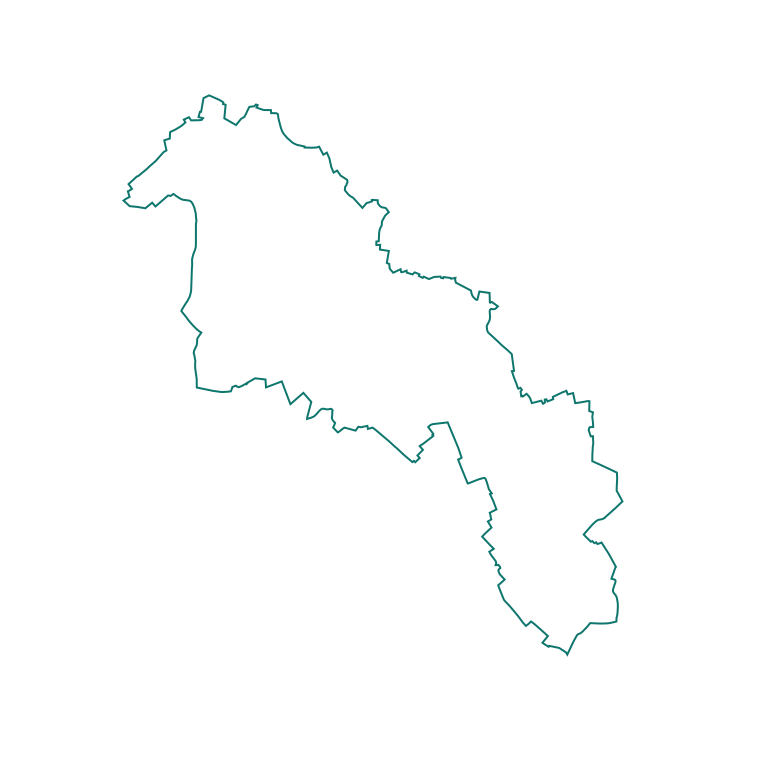 outline of Van Lam, Hưng Yên, Vietnam, rotated 47°
{"feature_id": "81297802B83094530275497", "entity_name": "Van Lam", "entity_type": "district", "adm_level": 2, "iso_a3": "VNM", "parent_name": "Vietnam", "parent_adm1": "Hưng Yên", "projection": "albers", "projection_center": [106.05, 20.973], "detail": "fine", "context": "isolated", "style": "outline", "palette": "teal", "viewbox_px": 768, "rotation_deg": 47, "n_neighbors": 0, "source": "geoboundaries", "source_scale": "gbopen_adm2", "svg_char_len": 6098}
<svg xmlns="http://www.w3.org/2000/svg" viewBox="0 0 768 768"><g transform="rotate(47 384 384)"><path d="M675.9,339.1L661.8,335.5L648.3,333.0L647.5,335.2L646.5,337.1L644.5,336.8L643.9,338.7L640.9,338.8L640.4,340.3L633.4,340.6L630.3,340.6L629.6,334.5L629.0,327.8L628.9,324.2L629.1,321.5L629.6,319.8L630.8,318.0L631.8,316.2L632.3,314.4L632.2,314.4L632.4,308.6L632.6,299.2L632.5,289.7L622.8,287.1L621.1,286.8L619.8,285.8L611.9,277.7L607.6,274.1L591.6,280.5L582.5,284.3L578.4,280.4L572.1,273.9L570.1,271.4L564.7,266.8L563.3,268.5L557.4,265.8L556.2,264.1L555.9,263.0L558.1,260.3L555.0,257.7L550.0,254.0L547.2,250.5L543.7,252.3L536.7,245.5L535.6,246.4L531.9,252.2L528.4,257.2L519.6,251.9L516.9,256.8L514.8,255.8L513.3,255.3L513.1,256.2L511.8,259.1L508.6,269.3L510.5,270.6L508.3,276.3L505.9,275.7L505.0,277.0L507.3,279.0L506.9,281.2L503.5,280.3L498.8,288.9L494.3,286.9L491.5,286.4L488.4,286.4L487.9,290.9L487.1,290.8L486.6,292.0L482.7,289.3L482.3,287.1L479.8,286.9L479.1,288.9L478.2,288.8L474.0,286.9L468.1,284.6L461.8,281.7L463.1,280.0L449.3,270.2L444.0,270.5L436.1,271.4L429.0,271.8L417.5,272.7L415.2,272.0L411.9,269.6L411.3,268.6L410.0,264.7L409.1,262.8L407.1,260.5L403.2,257.4L402.4,256.5L402.1,255.8L402.0,254.8L402.2,254.5L403.8,253.2L404.7,251.8L405.0,250.6L404.9,247.7L399.1,248.9L397.8,249.1L397.3,249.5L397.0,250.9L396.6,251.0L389.4,244.7L381.4,251.2L385.9,258.0L385.9,258.5L385.4,259.1L383.8,259.3L381.4,259.4L379.6,259.1L377.2,258.1L375.0,256.7L358.9,262.3L356.0,260.7L355.1,259.4L352.8,263.1L351.9,263.0L346.4,267.5L347.0,268.6L345.4,269.9L344.0,269.4L339.9,274.3L338.4,278.3L337.8,279.6L332.6,281.7L332.8,283.3L328.8,284.8L327.9,283.3L324.1,285.0L323.3,285.5L323.3,288.4L318.1,291.4L316.5,290.2L314.7,294.4L313.7,295.1L311.4,293.6L308.9,301.4L304.0,301.2L303.3,301.0L299.8,298.3L297.4,299.4L290.0,289.7L282.9,295.3L279.6,291.9L277.2,294.8L276.5,294.3L274.6,292.4L276.0,290.5L270.1,284.4L268.5,282.4L267.6,280.8L267.0,279.2L266.6,277.7L263.8,274.7L262.4,270.7L261.8,269.0L261.6,267.5L261.6,263.3L260.2,263.2L258.4,262.8L256.4,262.8L255.4,263.4L253.6,264.9L251.6,265.6L249.6,265.6L247.4,265.1L245.3,263.3L241.3,267.0L241.1,267.4L242.2,268.1L241.1,270.9L239.8,273.3L240.5,279.7L226.7,279.6L223.7,280.5L221.2,280.8L215.6,280.5L213.3,278.0L213.0,276.0L212.2,274.9L211.6,273.1L209.6,271.7L202.0,273.6L196.0,272.7L195.0,276.7L189.2,274.5L181.8,270.1L175.8,268.0L174.9,272.0L166.2,269.6L165.1,271.9L162.4,275.2L156.9,280.8L156.2,280.1L149.5,284.7L145.6,286.2L138.2,287.0L132.8,286.8L129.3,286.0L125.7,284.4L117.8,280.1L114.4,277.6L112.8,277.9L110.1,280.5L109.0,281.8L106.5,279.9L102.1,284.6L101.0,285.5L94.9,288.7L93.9,286.2L92.3,287.0L92.4,289.5L89.5,293.4L91.2,298.1L92.2,300.4L93.4,303.9L92.6,307.6L93.7,315.6L80.8,319.6L71.8,309.4L71.0,309.8L69.5,310.8L68.4,309.4L64.1,310.6L53.7,315.0L51.8,321.0L60.2,332.1L59.4,333.0L62.3,337.6L66.2,335.1L66.5,337.3L65.0,339.3L59.6,345.3L55.9,344.7L54.1,350.1L57.3,350.9L57.1,356.0L56.5,359.1L55.5,363.6L53.9,368.5L55.0,369.8L58.4,373.3L55.9,378.5L64.8,383.8L64.1,387.1L65.2,399.0L64.9,407.4L65.0,410.8L64.3,422.0L63.7,423.1L63.6,434.5L69.4,435.2L69.1,437.6L68.4,439.9L73.7,442.5L72.5,446.8L72.2,449.4L80.5,448.7L86.3,443.6L92.7,438.7L93.3,429.9L98.3,430.1L98.9,413.3L100.9,411.8L101.4,408.4L105.5,407.6L109.5,406.6L112.0,405.5L117.1,401.3L118.6,400.8L120.9,400.8L125.6,402.4L130.8,405.3L134.5,408.3L136.6,409.7L138.7,412.4L152.7,425.5L155.4,428.2L157.1,430.9L158.3,433.5L159.5,435.7L161.8,439.2L166.6,443.6L168.6,445.8L184.1,461.3L186.1,464.0L187.8,467.0L189.2,471.2L190.2,475.3L191.4,479.7L192.3,482.4L194.2,482.6L200.9,483.1L204.3,483.6L211.0,483.8L214.4,483.7L217.2,483.5L219.7,483.1L221.8,482.5L223.0,487.9L223.4,489.4L224.4,490.7L226.0,492.2L227.2,493.6L228.0,494.8L230.1,500.1L231.7,502.2L232.8,502.6L238.4,506.2L239.1,506.8L240.2,508.2L243.8,511.4L252.5,517.5L258.9,523.3L272.2,513.9L278.0,509.2L279.2,508.2L282.9,503.8L284.9,501.0L283.5,498.0L282.8,497.0L284.0,493.8L284.4,493.4L285.2,493.4L287.2,492.5L287.7,491.5L288.6,488.9L289.5,485.1L290.2,485.0L290.4,483.6L289.8,483.3L291.2,477.6L291.9,474.4L299.9,467.6L306.0,472.6L312.4,457.0L334.9,466.2L335.5,449.0L347.5,449.4L356.0,462.9L357.1,464.1L359.1,459.9L360.0,457.2L360.0,454.0L359.6,450.4L359.5,448.0L359.7,446.9L360.1,445.9L360.9,445.0L363.1,443.5L364.4,442.2L366.0,439.7L366.6,439.4L368.1,439.5L368.5,439.7L368.9,440.6L369.5,441.4L370.5,442.0L372.8,444.8L373.8,445.6L375.7,446.2L377.0,446.3L378.0,446.4L379.0,446.2L380.0,448.0L381.1,450.9L387.9,450.8L388.2,449.7L388.6,444.6L389.0,442.6L398.7,436.6L397.8,431.9L399.9,430.4L403.3,424.7L405.9,426.4L408.1,422.1L410.2,421.7L414.7,421.1L430.1,419.3L437.1,418.8L439.8,418.4L448.5,417.9L460.5,416.5L460.6,414.6L462.5,414.5L462.5,408.4L459.1,408.3L458.7,400.4L453.8,400.3L453.9,398.3L454.3,397.4L455.6,383.4L454.2,383.4L454.2,382.0L445.6,381.0L445.7,377.8L446.7,375.6L455.5,363.6L481.5,373.3L489.7,377.0L490.9,377.6L490.8,378.3L489.8,381.3L499.0,385.0L513.8,390.6L514.3,389.9L518.0,380.5L518.9,378.6L520.2,376.0L521.2,374.7L522.0,374.3L522.9,374.5L526.0,375.8L532.6,379.1L537.5,379.8L536.7,381.5L544.1,383.9L552.4,387.3L550.3,394.5L551.4,395.0L555.2,397.3L556.1,397.7L556.1,398.6L555.4,401.8L562.3,403.3L562.3,413.0L562.6,416.3L574.9,416.3L579.4,416.1L578.5,421.4L582.0,422.3L589.6,423.1L591.0,423.7L591.9,424.6L592.6,425.9L593.5,424.9L594.3,423.7L597.0,423.9L597.9,424.5L597.9,426.4L598.3,427.4L598.9,427.9L601.4,428.9L603.3,429.1L609.3,429.1L609.3,431.5L609.1,437.7L611.0,438.6L623.4,443.4L625.4,443.6L632.1,443.5L638.1,443.8L645.1,444.2L652.9,445.1L657.7,445.2L658.0,442.4L658.0,438.4L662.1,437.7L666.8,437.2L680.1,436.0L681.3,444.6L683.3,444.2L688.5,442.8L688.1,441.8L696.5,435.9L704.6,433.9L706.9,434.5L701.6,421.1L699.3,414.1L699.5,412.2L700.3,410.4L700.5,407.5L700.1,400.7L699.5,396.3L706.7,389.2L710.8,384.6L712.5,382.4L714.9,378.4L716.2,376.0L713.5,373.3L713.1,372.6L711.9,370.8L709.8,368.4L706.2,364.7L703.7,362.5L699.6,359.8L698.1,359.1L696.7,358.7L693.5,358.4L691.9,358.0L691.1,357.3L690.0,355.9L687.0,350.3L686.1,349.1L685.2,348.6L684.1,348.8L681.5,350.5L675.8,339.5L675.9,339.1Z" fill="none" stroke="#0f766e" stroke-width="2"/></g></svg>